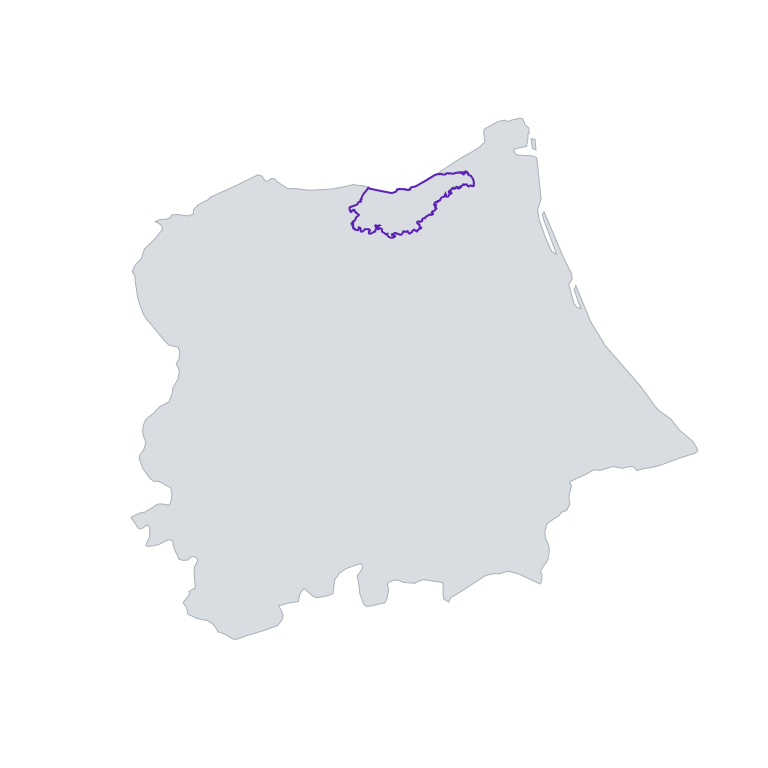 Indenie-Djuablin, Comoe, Ivory Coast shown in context, rotated 253°
{"feature_id": "98640826B87987908031267", "entity_name": "Indenie-Djuablin", "entity_type": "district", "adm_level": 2, "iso_a3": "CIV", "parent_name": "Ivory Coast", "parent_adm1": "Comoe", "projection": "robinson", "projection_center": [-3.502, 6.624], "detail": "fine", "context": "in_parent", "style": "outline", "palette": "violet", "viewbox_px": 768, "rotation_deg": 253, "n_neighbors": 0, "source": "geoboundaries", "source_scale": "gbopen_adm2", "svg_char_len": 9661}
<svg xmlns="http://www.w3.org/2000/svg" viewBox="0 0 768 768"><g transform="rotate(253 384 384)"><path d="M195.6,152.6L197.9,152.5L203.9,150.5L209.3,146.0L214.4,136.7L221.2,129.2L228.9,129.8L231.2,128.4L233.9,128.1L237.1,133.0L240.3,136.8L242.6,136.9L244.3,144.0L258.3,147.0L264.3,149.0L269.3,154.1L271.1,154.3L273.2,153.2L274.9,151.4L275.2,149.4L273.1,144.7L274.0,140.5L276.3,136.7L279.9,136.5L285.3,135.4L291.6,135.4L296.2,136.1L298.1,132.3L296.4,121.8L296.8,115.9L297.6,111.0L299.3,109.0L306.3,115.2L312.6,117.4L317.1,117.6L318.4,116.4L316.5,109.7L317.0,107.7L318.7,106.5L321.7,105.8L329.8,103.1L330.6,103.6L332.1,114.2L331.4,117.7L333.1,124.9L335.2,131.6L335.0,134.3L333.3,138.5L331.2,142.3L331.5,143.8L334.7,146.4L340.8,149.1L347.2,149.7L350.8,145.8L354.5,142.6L357.1,139.8L358.0,135.6L362.1,132.6L373.7,128.7L384.3,128.1L386.9,129.3L391.7,135.2L397.8,139.2L407.1,138.7L413.9,141.1L419.7,145.6L423.6,155.6L427.9,162.8L429.7,173.1L436.5,178.5L441.8,180.9L449.0,188.4L456.4,192.2L464.1,191.3L467.7,195.2L473.4,197.9L479.2,198.1L484.2,189.5L490.9,186.1L507.8,179.3L514.4,176.2L521.2,174.2L537.4,173.6L552.5,175.7L560.0,177.3L565.1,176.1L570.0,180.2L575.0,188.8L579.2,191.5L583.4,194.5L586.5,201.2L590.2,207.9L592.2,210.9L596.7,217.5L600.6,217.6L604.4,214.8L606.1,212.6L606.8,217.0L605.3,224.1L605.6,228.5L607.7,230.1L606.6,235.8L602.1,245.4L602.1,251.1L606.5,252.9L609.7,258.9L611.6,269.2L613.5,272.7L613.7,274.8L616.9,299.8L620.9,324.8L618.3,328.1L614.9,329.1L612.6,330.2L612.0,332.6L613.5,336.0L612.5,339.1L608.2,341.3L598.8,349.2L598.2,352.4L595.7,359.2L593.6,363.3L590.6,371.0L585.7,391.3L583.9,408.2L583.6,413.3L581.7,417.0L579.6,422.2L569.4,436.6L564.2,448.4L564.9,453.5L565.1,458.7L563.6,462.4L563.9,472.4L565.1,480.7L567.0,488.9L574.4,512.0L578.2,526.1L580.6,537.4L582.7,545.0L584.7,548.1L585.5,551.1L596.5,553.2L598.6,554.8L601.6,569.6L601.1,576.3L598.9,578.8L599.0,584.5L598.5,591.5L596.9,594.3L590.8,594.6L586.6,597.3L581.1,596.2L580.6,594.5L577.6,593.8L569.5,589.8L570.8,577.0L567.0,576.5L564.1,578.2L558.3,593.6L555.6,596.2L514.9,588.3L506.0,581.9L495.5,580.4L477.0,581.2L461.8,583.1L457.5,587.0L495.9,584.7L500.0,585.1L501.9,587.5L453.4,592.5L434.8,595.6L429.4,594.7L425.2,589.8L405.1,589.2L401.0,590.8L398.5,594.5L406.4,593.7L418.9,593.5L422.2,596.2L383.1,599.9L356.0,606.8L344.5,611.9L306.6,628.8L283.5,636.7L277.4,639.6L266.9,647.9L253.4,653.1L238.3,662.8L229.0,664.9L227.0,661.8L226.7,645.5L225.5,623.5L226.0,615.1L227.2,607.2L227.2,600.6L231.9,598.2L233.1,595.4L233.8,586.9L238.1,579.1L238.2,565.6L239.5,562.8L240.5,559.2L238.6,550.3L236.3,533.6L235.1,532.5L234.1,533.2L231.7,533.5L222.2,527.7L214.9,526.7L209.7,521.8L209.4,516.1L206.9,512.8L205.2,506.3L202.6,498.9L195.4,494.4L188.6,493.3L183.8,494.2L178.1,493.9L171.7,491.4L167.2,488.6L163.0,483.1L159.1,478.8L155.9,479.3L152.1,478.3L148.4,476.3L147.1,474.8L162.9,457.4L168.3,448.9L168.9,443.7L168.9,438.5L170.7,433.1L171.1,424.9L162.5,395.1L160.3,385.9L158.0,383.2L156.5,382.2L160.9,378.3L167.0,379.3L176.3,382.3L178.3,379.4L185.4,364.3L185.2,358.8L184.5,354.9L188.6,344.6L191.9,340.6L193.6,336.3L193.1,330.5L190.6,328.3L187.4,328.7L183.5,327.2L177.6,323.9L174.6,320.9L175.5,307.3L176.1,303.1L178.2,300.6L181.5,300.0L190.7,299.6L198.1,301.1L204.7,302.0L208.2,302.0L211.0,306.0L214.7,310.2L218.0,310.1L219.2,307.1L218.5,293.6L216.3,286.5L211.3,279.7L198.4,273.9L198.1,265.7L199.4,256.9L202.2,253.6L211.8,247.9L210.2,244.9L207.1,241.7L201.0,238.4L202.4,227.9L202.7,218.4L197.6,219.5L192.3,220.0L187.8,217.1L184.1,211.4L183.4,195.6L183.5,177.3L182.8,169.3L184.2,165.0L188.8,161.0L193.8,155.8L195.6,152.6ZM575.8,596.4L573.7,599.9L563.4,597.7L565.9,594.8L575.8,596.4Z" fill="#d9dde1" stroke="#a8b0b8" stroke-width="1"/><path d="M542.9,400.3L542.2,400.2L542.1,400.5L541.6,400.6L541.1,401.2L540.8,400.9L539.7,402.1L539.0,403.2L538.8,403.7L538.9,404.3L539.1,404.7L539.9,405.0L540.4,405.5L541.2,405.6L541.2,405.8L541.0,406.2L540.5,406.6L539.8,407.0L538.3,406.8L537.3,406.4L536.5,406.6L536.2,407.1L536.2,408.0L536.3,408.9L536.5,409.3L537.1,410.0L537.6,411.2L536.6,414.3L536.3,414.9L535.0,415.6L534.7,415.4L534.7,414.6L534.5,414.4L533.5,414.1L532.7,413.6L532.3,413.7L531.9,414.3L531.7,416.2L532.4,418.6L532.3,420.0L532.9,420.5L533.4,420.6L535.2,422.1L535.7,422.2L536.5,422.5L536.9,422.4L537.0,422.0L537.9,421.9L538.2,422.2L538.2,422.6L537.6,423.0L536.9,424.2L537.2,425.8L537.0,426.0L537.0,425.5L536.4,424.6L536.1,424.4L535.4,424.3L534.8,424.0L534.2,423.4L533.8,423.4L533.5,424.1L534.0,424.7L534.2,425.4L533.9,425.8L533.4,426.7L532.9,427.2L532.6,427.3L531.0,426.7L530.3,426.7L529.8,427.0L528.9,428.0L526.8,429.4L526.6,429.6L526.8,430.8L526.7,431.2L526.0,430.7L525.5,430.7L523.6,431.3L522.6,432.2L521.6,434.1L521.4,434.7L521.5,436.5L521.6,437.1L522.0,437.7L522.3,437.9L522.6,437.7L523.1,437.1L523.3,436.3L523.9,435.4L524.4,435.2L524.9,435.4L524.9,435.6L524.6,436.2L524.5,436.6L524.9,437.1L525.3,438.4L525.0,439.4L524.9,439.5L524.3,439.7L524.3,440.1L522.7,442.2L521.9,443.5L521.8,444.1L521.8,444.4L522.6,445.6L523.9,446.6L524.3,447.6L523.6,448.2L523.2,449.1L523.1,449.8L523.4,450.9L523.3,451.3L522.2,451.3L520.7,452.0L520.3,452.5L520.3,452.8L521.0,454.1L521.0,455.0L521.4,455.4L522.2,455.9L522.3,456.2L522.2,456.5L522.8,457.9L522.1,458.2L521.4,459.3L520.6,459.6L520.2,460.1L520.5,460.5L521.1,460.9L521.4,461.3L521.5,461.6L521.3,462.0L521.6,462.4L522.2,462.8L522.3,463.3L522.0,464.1L522.3,465.2L522.6,465.3L522.9,464.8L523.2,464.6L523.4,464.1L524.0,464.3L524.9,464.1L525.5,464.5L526.1,464.5L526.5,464.3L526.8,463.7L527.8,462.9L528.5,462.8L529.2,463.1L529.5,463.8L529.5,464.5L529.4,464.8L528.7,465.4L528.5,465.8L528.5,466.4L528.8,466.7L528.7,467.1L528.6,467.9L529.1,468.4L529.8,468.4L530.9,469.4L530.9,469.7L530.6,471.2L530.7,472.0L531.1,472.2L531.8,472.8L531.8,473.9L532.2,474.8L532.1,475.2L532.3,475.5L532.6,476.8L532.7,477.0L532.3,477.5L532.2,478.2L531.8,478.9L532.0,480.4L532.3,480.6L533.1,480.7L533.4,480.5L533.8,479.7L534.6,480.4L534.9,480.9L535.0,482.6L535.1,483.3L535.4,483.8L536.1,484.4L536.3,485.1L536.6,485.5L536.9,485.4L537.1,484.7L537.6,484.4L538.5,484.8L539.1,485.6L539.9,486.2L540.3,486.0L540.4,485.7L540.4,485.3L540.1,485.0L540.1,484.7L540.7,484.3L541.2,484.5L542.8,486.2L542.6,486.5L542.7,487.2L542.3,488.3L542.6,488.7L542.8,488.8L543.1,488.5L543.3,488.8L543.2,489.5L543.0,489.9L543.0,490.7L543.6,491.2L543.5,491.5L545.0,492.8L545.4,493.3L545.5,494.1L545.5,494.7L545.6,495.0L545.7,496.5L546.4,497.1L547.4,497.6L547.6,498.2L547.6,498.4L547.4,498.5L547.6,498.6L547.0,498.7L546.6,498.5L545.9,497.9L545.2,498.0L544.6,499.1L544.6,499.7L544.7,500.3L546.4,502.2L546.6,503.1L546.4,503.7L546.5,504.1L546.7,504.3L547.5,504.4L547.9,504.2L548.0,504.0L548.0,503.6L547.3,502.9L547.3,502.5L547.4,502.4L548.3,502.1L549.0,502.2L549.7,503.4L550.0,504.1L550.1,504.8L550.3,505.5L551.1,506.2L551.3,506.7L551.2,507.1L551.4,507.7L551.2,507.8L550.6,507.5L550.4,507.6L550.1,508.4L550.3,509.6L551.3,510.6L551.4,510.8L551.4,511.1L551.2,511.4L549.9,511.6L549.4,511.9L549.1,512.8L549.1,513.4L549.4,514.0L550.1,513.7L550.4,513.7L550.5,513.9L550.5,514.4L549.9,514.9L549.8,515.2L550.7,516.0L551.0,516.7L551.0,517.3L551.7,518.0L551.7,518.4L551.6,518.7L551.2,518.7L550.9,518.9L550.8,519.1L551.0,520.0L550.8,521.3L550.6,521.6L549.7,521.9L549.0,521.9L548.1,522.7L548.1,523.0L548.4,523.3L548.6,524.2L548.6,525.0L547.8,525.5L547.7,526.1L547.4,526.8L547.1,527.1L547.2,527.4L547.1,527.5L547.5,528.0L548.0,527.8L548.5,528.1L549.5,528.7L549.9,528.8L550.2,528.6L550.4,528.6L551.9,529.2L553.5,529.0L554.1,529.0L557.6,528.0L558.4,526.8L559.1,526.5L559.7,525.7L560.1,525.7L560.6,526.1L561.0,526.1L561.6,525.7L561.9,525.6L562.0,525.2L562.4,525.4L562.7,525.2L562.9,524.7L563.3,524.4L562.8,524.0L562.8,523.6L562.6,523.5L562.7,523.3L562.3,523.5L562.1,523.4L562.0,523.1L561.9,523.2L562.1,522.7L562.3,522.7L562.2,522.6L561.8,522.5L561.7,522.1L561.5,521.9L561.4,521.5L561.2,521.4L561.3,521.2L561.5,521.2L561.9,520.8L562.5,520.7L562.5,520.3L562.7,520.2L563.1,520.5L563.1,520.1L563.5,518.9L563.9,518.9L564.0,519.0L564.2,518.1L564.5,518.0L564.3,517.1L564.4,516.7L564.3,516.2L564.7,515.7L564.8,515.3L565.0,514.8L564.9,514.3L565.0,513.9L564.8,513.6L564.9,513.1L564.9,512.3L564.8,512.0L564.9,511.4L565.1,510.7L565.4,510.4L565.9,509.6L566.0,508.8L566.2,508.6L566.2,508.0L566.5,507.6L566.5,507.1L566.9,506.8L567.2,506.1L567.0,504.8L566.6,504.3L566.5,503.6L566.8,502.2L567.2,501.3L567.7,501.0L568.3,500.0L568.2,499.7L568.2,498.6L568.9,497.8L569.1,493.7L566.6,484.5L563.7,471.8L564.1,467.7L564.0,466.9L562.5,466.0L562.3,465.6L562.4,464.2L562.9,462.5L563.6,461.5L564.4,461.0L564.3,460.2L564.7,459.5L564.8,458.3L565.4,457.6L566.3,455.3L565.8,454.1L566.3,453.4L564.4,451.6L564.3,447.2L575.1,427.1L576.3,426.4L573.6,423.0L573.4,422.4L572.8,421.7L572.1,420.4L570.4,418.5L568.1,416.5L567.3,416.7L566.7,416.0L566.9,415.5L566.7,415.1L565.8,415.0L565.2,415.2L565.3,413.3L565.3,412.7L565.0,412.3L564.0,411.5L563.6,410.9L563.4,410.0L563.1,404.2L563.2,403.2L562.7,402.7L562.3,402.5L561.6,402.3L560.3,402.1L559.2,402.2L558.1,402.6L558.1,403.2L559.1,403.9L559.3,404.4L559.5,405.0L559.4,405.6L559.3,405.9L559.4,406.3L559.1,406.5L558.9,406.4L557.9,406.6L557.7,406.4L557.1,407.2L556.4,407.1L555.7,407.4L555.5,407.9L554.9,408.1L553.1,409.4L552.8,408.8L552.2,407.9L551.2,405.6L550.3,405.2L550.0,405.0L549.6,404.9L549.2,404.4L549.0,403.3L548.8,402.8L548.5,402.4L548.2,402.4L548.4,401.6L548.0,401.3L547.6,401.7L547.3,401.6L547.2,401.2L547.3,400.8L547.2,400.4L546.8,400.2L546.6,400.3L547.0,400.9L546.9,401.1L546.5,401.3L546.3,401.2L546.3,400.3L546.0,400.5L546.0,401.1L545.9,401.1L545.6,400.6L545.4,400.1L545.1,400.3L545.1,400.8L545.3,401.0L545.1,401.1L544.4,400.7L544.0,400.7L543.9,400.3L543.6,400.2L542.9,400.3Z" fill="none" stroke="#5b21b6" stroke-width="2"/></g></svg>